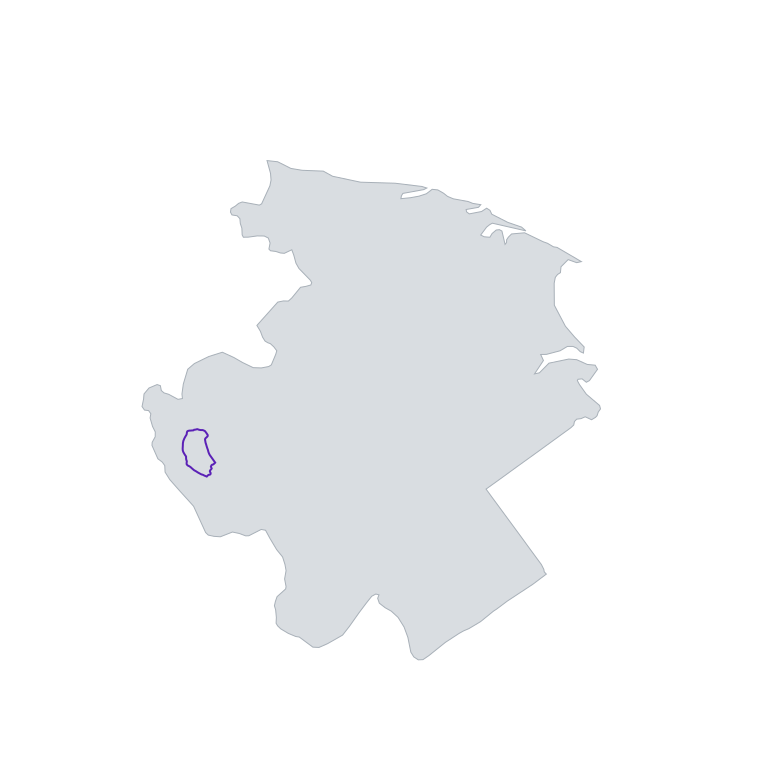 location of Djouori-Agnili, Haut-Ogooué, Gabon, rotated 144°
{"feature_id": "22940354B21948278538135", "entity_name": "Djouori-Agnili", "entity_type": "district", "adm_level": 2, "iso_a3": "GAB", "parent_name": "Gabon", "parent_adm1": "Haut-Ogooué", "projection": "orthographic", "projection_center": [13.959, -1.472], "detail": "fine", "context": "in_parent", "style": "outline", "palette": "violet", "viewbox_px": 768, "rotation_deg": 144, "n_neighbors": 0, "source": "geoboundaries", "source_scale": "gbopen_adm2", "svg_char_len": 4584}
<svg xmlns="http://www.w3.org/2000/svg" viewBox="0 0 768 768"><g transform="rotate(144 384 384)"><path d="M520.3,145.7L519.9,151.3L513.6,165.0L510.6,175.6L509.8,186.9L511.6,195.9L514.6,202.4L516.6,209.4L515.1,214.3L512.0,216.4L514.1,218.9L518.7,219.5L526.6,217.3L538.7,213.6L554.6,208.2L565.1,205.2L582.3,207.1L591.5,209.1L596.2,212.9L601.3,229.1L603.8,231.6L608.0,238.5L611.5,246.7L612.2,250.9L611.9,253.9L608.3,258.4L604.4,265.0L603.0,269.0L599.7,271.9L595.5,274.8L584.0,276.0L582.3,277.7L579.0,284.7L572.9,290.6L570.2,296.2L567.7,303.7L568.2,313.0L567.0,326.3L565.8,335.3L568.8,338.5L582.6,340.7L585.2,342.5L588.9,348.1L593.6,353.3L606.2,356.6L611.1,360.7L615.0,365.1L615.6,368.7L612.7,383.1L609.9,397.0L611.0,407.6L612.1,417.7L613.5,432.5L612.9,441.4L609.3,446.9L609.3,451.2L610.9,456.4L607.8,470.7L605.8,473.1L600.1,475.8L597.2,479.7L596.2,485.7L593.2,494.0L590.1,497.0L590.1,500.9L593.1,503.7L593.0,508.0L587.4,513.1L584.0,517.0L576.5,518.9L567.9,516.9L565.9,514.1L568.0,509.6L567.2,506.1L564.3,502.3L559.7,492.7L555.6,490.7L553.4,494.6L546.4,501.9L534.1,511.3L525.4,512.0L509.5,509.2L496.1,504.7L489.9,493.7L485.9,484.7L480.2,474.1L473.8,469.1L467.0,465.9L463.9,465.7L454.2,471.6L451.2,473.9L451.3,478.8L452.2,483.4L453.7,485.6L455.0,488.6L454.7,493.2L453.0,499.3L452.4,506.1L421.8,512.7L416.5,510.3L412.6,507.3L408.0,507.8L394.7,511.3L389.8,508.9L385.0,507.1L382.8,508.6L382.6,511.5L384.9,527.4L384.2,533.5L381.2,541.4L379.7,546.8L387.8,548.3L390.7,550.8L393.6,554.8L397.5,558.5L397.8,560.8L393.3,565.0L391.8,570.1L393.9,574.1L399.5,578.3L407.5,582.6L411.5,585.4L411.1,588.0L407.4,593.6L405.9,598.3L403.4,602.5L403.9,606.4L407.6,610.1L407.2,613.3L404.7,615.8L399.7,615.3L395.5,615.6L391.7,614.6L379.7,602.0L377.1,601.7L359.8,611.4L355.5,615.4L352.0,621.1L347.3,633.5L339.4,626.3L332.6,613.1L324.6,605.0L308.0,591.9L303.5,582.3L284.4,561.1L257.0,539.9L237.2,521.5L234.2,517.4L237.6,517.9L256.7,527.1L259.3,526.0L261.4,524.0L253.2,519.2L245.3,515.4L237.9,513.0L230.6,513.2L226.4,509.4L223.7,503.4L222.3,498.4L219.1,493.1L208.6,482.1L206.0,477.9L200.3,472.2L203.7,471.4L215.0,476.9L216.0,474.7L215.0,471.5L203.7,466.2L197.6,465.9L196.2,462.2L197.0,458.0L188.9,442.1L180.5,430.1L179.2,424.5L201.8,450.4L204.8,450.8L208.8,450.6L218.2,447.7L216.4,444.2L212.1,440.5L208.1,442.2L202.7,442.6L199.9,441.0L198.7,438.4L204.0,425.8L201.7,426.4L200.0,428.6L197.1,429.7L192.6,430.4L181.4,423.7L171.6,405.5L169.0,401.7L166.3,395.4L163.7,392.8L152.4,367.0L156.8,368.9L161.9,376.4L171.9,374.8L175.8,370.4L179.2,370.6L182.7,369.6L187.1,365.5L199.9,347.6L203.3,324.1L202.2,310.1L200.3,296.3L204.5,291.8L206.2,294.8L207.0,299.7L209.0,303.3L213.6,306.6L222.1,307.4L235.2,312.5L239.9,315.8L241.2,309.3L256.3,303.7L251.7,301.7L238.3,303.9L219.9,295.6L213.8,290.4L208.1,280.4L202.1,275.1L202.6,270.4L215.8,266.0L219.3,266.5L220.7,271.7L224.3,273.8L225.6,273.1L226.2,268.7L226.3,256.8L222.2,239.9L223.5,236.6L227.1,235.4L230.3,233.1L232.6,232.7L237.1,233.1L239.3,237.1L240.5,239.2L245.0,240.2L248.8,242.3L252.0,241.7L254.6,239.3L258.5,238.8L270.5,238.8L281.5,238.8L303.3,238.8L325.0,238.9L346.8,238.9L363.2,239.0L363.2,229.3L363.1,214.3L363.0,196.6L362.9,179.6L362.9,163.9L362.8,145.4L363.7,140.0L364.8,137.8L364.4,134.8L381.3,134.5L411.8,135.9L425.1,135.7L428.9,135.9L445.6,135.0L459.1,136.2L464.8,137.5L470.0,138.1L486.2,138.9L507.3,137.9L514.5,138.1L518.4,140.7L520.3,145.7Z" fill="#d9dde1" stroke="#a8b0b8" stroke-width="1"/><path d="M581.8,413.3L581.2,413.4L580.0,413.6L579.3,413.6L579.0,413.4L578.2,413.0L577.3,413.1L576.6,413.8L576.4,415.0L576.1,415.9L575.2,416.4L574.0,416.6L573.1,416.9L572.9,417.6L572.7,418.8L571.5,419.6L570.5,419.7L569.4,419.3L568.1,419.4L566.8,419.6L566.7,427.1L566.7,428.8L566.5,430.3L566.2,431.5L565.9,432.5L565.3,433.9L564.8,435.6L564.5,436.6L564.0,438.1L563.4,439.7L562.9,441.3L561.5,444.2L560.7,444.9L559.7,445.1L558.4,445.2L557.1,445.6L556.6,446.4L556.5,448.3L556.5,451.0L557.2,452.5L557.8,453.3L558.6,453.9L559.4,454.5L560.0,455.1L560.7,455.9L561.2,456.7L561.7,457.3L562.6,457.6L563.7,458.1L564.5,458.6L565.3,458.5L566.2,459.0L567.3,459.7L568.0,460.1L568.9,460.7L570.0,461.2L571.0,461.3L571.6,460.9L572.3,460.3L573.0,459.5L573.7,459.0L575.2,458.4L576.3,457.9L577.7,457.2L579.8,455.9L581.5,454.3L583.2,452.1L585.0,449.9L585.9,448.4L586.4,446.7L586.7,443.8L586.7,442.4L586.9,441.4L587.4,440.8L588.3,439.4L588.7,438.2L588.9,437.4L589.4,436.9L590.3,435.9L590.8,435.1L590.8,434.0L590.5,433.0L589.8,431.8L589.3,430.3L589.0,428.7L588.3,425.8L587.6,424.4L586.4,421.4L584.8,418.1L584.0,417.2L583.1,415.4L581.8,413.3Z" fill="none" stroke="#5b21b6" stroke-width="2"/></g></svg>